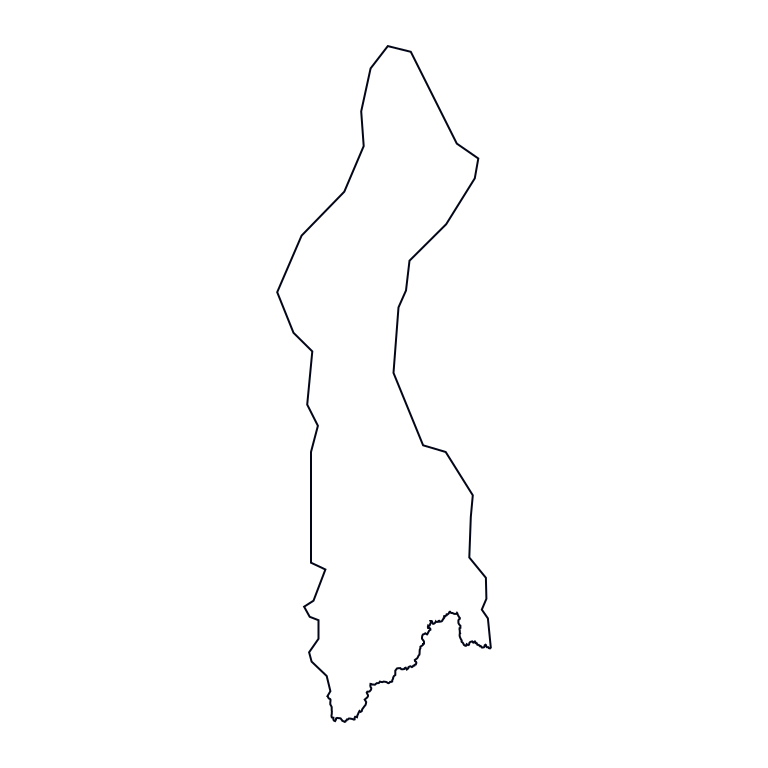 Yambio, Western Equatoria, South Sudan
{"feature_id": "79223893B76948069319823", "entity_name": "Yambio", "entity_type": "district", "adm_level": 2, "iso_a3": "SSD", "parent_name": "South Sudan", "parent_adm1": "Western Equatoria", "projection": "equal_earth", "projection_center": [28.647, 5.178], "detail": "fine", "context": "isolated", "style": "outline", "palette": "ink", "viewbox_px": 768, "rotation_deg": 0, "n_neighbors": 0, "source": "geoboundaries", "source_scale": "gbopen_adm2", "svg_char_len": 4347}
<svg xmlns="http://www.w3.org/2000/svg" viewBox="0 0 768 768"><path d="M387.8,46.1L370.6,68.4L361.2,111.4L363.7,146.1L344.3,191.7L301.6,235.6L277.2,292.2L293.5,332.8L312.3,351.4L307.2,404.6L317.9,425.8L311.0,452.0L311.0,562.7L325.4,569.5L313.5,600.7L304.1,606.7L309.7,616.8L318.5,620.2L318.5,638.8L309.1,652.3L311.6,661.6L326.7,676.0L330.4,691.2L327.5,696.1L327.8,696.2L328.2,697.6L329.2,698.7L330.1,699.0L330.5,699.7L330.5,700.8L330.3,702.3L330.3,703.1L330.3,704.4L331.0,705.6L331.7,707.1L331.7,709.2L331.7,710.2L331.9,711.3L331.8,712.5L331.8,713.7L331.5,715.4L331.5,716.2L331.8,717.4L332.6,717.6L333.4,717.7L333.4,718.7L333.4,719.7L334.1,720.7L335.1,721.1L336.0,719.5L336.1,718.4L337.1,717.9L338.2,718.1L339.5,718.2L340.6,718.4L341.4,719.5L341.9,720.0L342.3,720.8L343.8,721.4L344.7,721.9L345.4,721.6L345.7,720.7L346.6,720.4L347.0,719.4L348.0,719.4L348.9,718.5L349.9,718.5L350.7,718.7L351.9,718.9L353.2,719.3L353.9,719.6L354.6,719.4L354.6,717.9L355.1,716.8L356.3,716.9L357.0,717.2L357.4,715.3L357.9,714.5L358.6,712.7L359.5,711.0L360.5,711.9L361.7,711.2L362.2,709.3L363.1,708.1L364.3,706.4L365.5,705.0L365.9,703.7L366.2,702.1L365.4,700.7L364.7,699.6L366.3,698.2L367.3,697.4L368.0,696.1L368.0,695.2L367.0,693.3L366.7,692.6L367.3,691.7L368.5,691.7L369.6,691.4L370.9,689.9L371.2,688.9L371.3,688.1L370.6,687.1L370.3,685.7L370.5,683.9L371.6,684.1L372.0,684.5L373.1,684.5L373.7,684.6L374.9,684.7L375.8,683.9L376.9,683.1L378.1,683.2L379.0,682.9L379.9,681.6L381.3,682.0L382.6,682.1L383.5,681.6L385.3,681.8L386.6,682.1L387.1,682.5L388.0,683.1L388.4,683.2L389.3,682.8L390.1,681.9L391.3,681.9L392.2,681.5L392.2,680.4L393.1,678.6L393.1,677.8L393.8,676.2L395.3,675.0L395.3,673.1L395.3,672.0L395.3,670.6L395.9,669.9L396.9,668.5L398.2,668.2L399.3,668.2L400.3,668.1L401.3,669.2L402.7,669.3L404.3,669.0L404.7,668.1L405.7,667.7L406.3,668.7L406.8,669.5L408.3,668.3L408.3,667.4L409.4,666.6L410.4,666.3L411.3,666.7L411.9,667.1L412.8,666.5L413.2,665.8L414.4,665.6L414.6,664.8L415.8,664.5L416.4,662.9L416.1,661.9L415.0,661.1L414.8,660.0L415.9,659.2L417.2,658.3L418.0,656.9L418.6,655.5L419.4,654.7L419.6,653.2L419.6,652.3L419.7,650.5L419.8,649.5L420.4,648.4L420.4,647.6L420.4,646.7L421.2,646.1L422.0,645.7L423.0,644.8L423.0,644.0L423.7,644.0L424.0,643.7L424.0,642.7L424.0,641.7L423.5,640.6L423.1,640.2L422.7,639.6L422.0,638.7L422.0,637.4L422.2,636.1L422.5,635.3L422.9,634.5L424.1,634.1L425.3,633.3L425.8,633.6L426.5,634.2L427.1,634.4L427.6,633.7L428.4,632.0L428.8,631.4L429.1,630.7L429.8,630.1L430.4,629.8L430.4,629.0L430.1,628.5L429.5,628.0L428.1,628.0L427.9,627.3L427.9,626.5L428.2,625.5L428.9,626.0L429.6,625.5L430.2,624.3L430.2,623.7L430.9,622.8L430.9,621.9L430.5,621.0L431.4,621.0L432.1,621.4L432.3,622.7L433.0,623.8L433.7,623.8L434.3,623.4L435.2,622.7L435.7,621.7L435.8,621.9L436.6,621.9L437.8,621.9L438.7,621.7L438.7,620.9L439.2,620.8L439.7,621.7L441.0,621.5L441.8,621.2L442.4,620.5L442.5,620.0L443.3,619.1L443.4,618.4L444.1,618.0L444.1,617.3L444.1,616.2L444.6,616.1L445.3,616.3L445.6,615.7L446.6,615.3L446.7,614.3L447.7,614.3L448.7,613.5L449.1,612.6L449.6,611.8L450.2,611.8L450.6,612.6L451.4,613.0L452.5,613.0L453.4,613.5L454.3,613.9L455.9,613.9L456.5,613.8L457.0,612.9L457.4,613.4L457.5,614.3L458.3,615.6L458.6,616.4L459.3,617.3L459.9,618.1L459.6,619.1L458.9,619.4L458.4,620.3L458.4,621.0L458.4,621.9L458.4,622.9L458.9,624.0L459.7,625.1L460.4,625.7L460.4,626.3L460.4,627.9L459.6,628.1L459.5,629.4L459.8,630.8L459.8,631.8L459.8,632.5L460.2,633.3L459.7,633.9L459.6,635.3L459.8,636.6L460.3,637.9L460.9,639.2L461.7,640.4L461.5,641.2L461.7,641.9L462.6,642.5L463.3,643.5L463.9,644.9L464.5,645.2L465.3,645.8L466.1,645.7L466.4,644.9L466.7,644.2L467.1,644.5L468.1,645.1L469.0,644.7L469.2,643.9L469.4,642.9L470.2,642.0L471.4,641.6L472.2,641.4L472.7,642.1L473.2,642.6L473.9,642.0L474.9,641.4L475.3,641.9L475.3,642.9L475.7,643.2L476.6,643.1L476.9,643.6L477.3,644.7L477.9,644.9L478.7,644.9L479.4,645.6L480.1,646.3L480.6,646.0L481.4,646.7L481.9,647.5L482.8,647.5L483.9,647.3L484.4,646.8L484.7,645.3L485.5,644.7L486.0,645.1L486.3,646.3L486.9,647.2L488.3,647.2L488.8,648.1L490.0,648.4L490.8,647.6L487.9,618.4L481.8,609.6L486.4,598.8L485.9,577.8L469.3,557.5L470.8,517.0L472.8,495.3L445.7,452.0L423.1,445.3L393.5,372.9L398.5,307.4L406.0,290.5L409.5,260.7L446.2,224.2L474.8,178.3L478.3,158.5L456.8,143.6L410.8,51.8L387.8,46.1Z" fill="none" stroke="#020617" stroke-width="2"/></svg>